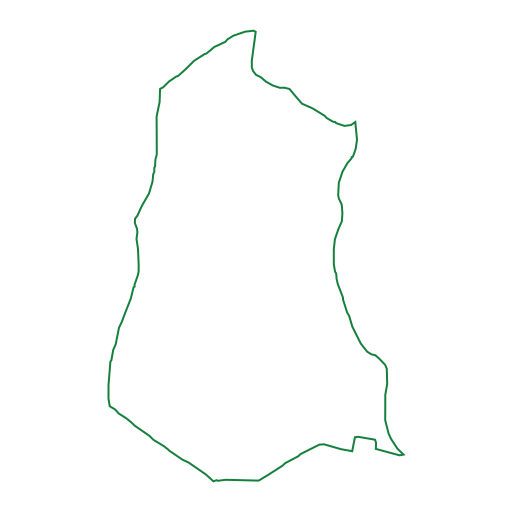 Ixtahuacán, Huehuetenango, Guatemala
{"feature_id": "79465075B38724413967486", "entity_name": "Ixtahuacán", "entity_type": "district", "adm_level": 2, "iso_a3": "GTM", "parent_name": "Guatemala", "parent_adm1": "Huehuetenango", "projection": "equal_earth", "projection_center": [-91.799, 15.426], "detail": "fine", "context": "isolated", "style": "outline", "palette": "green", "viewbox_px": 512, "rotation_deg": 0, "n_neighbors": 0, "source": "geoboundaries", "source_scale": "gbopen_adm2", "svg_char_len": 1864}
<svg xmlns="http://www.w3.org/2000/svg" viewBox="0 0 512 512"><path d="M355.3,122.0L351.1,125.0L344.4,125.9L336.3,123.2L335.2,122.0L333.0,121.7L326.6,118.0L324.8,115.9L312.6,108.4L302.0,103.7L296.0,96.8L289.5,89.0L284.5,87.7L279.9,87.8L272.8,85.5L265.9,81.6L260.8,77.2L256.1,74.9L253.0,71.0L251.8,67.2L251.8,60.8L255.7,31.8L253.6,30.7L245.0,31.7L233.4,35.7L227.5,39.3L225.3,41.9L214.4,46.9L206.5,53.5L204.5,54.1L194.1,60.8L185.2,69.6L177.8,76.2L176.4,76.4L169.0,81.5L163.0,87.4L160.1,88.9L159.6,102.1L156.6,116.6L156.8,154.5L155.4,159.5L155.1,166.3L154.3,167.8L154.3,171.7L153.2,174.4L152.5,181.7L149.0,193.5L141.9,205.8L137.5,215.5L135.0,218.8L134.9,223.2L137.0,228.6L137.4,232.3L136.5,238.9L138.0,249.1L138.7,265.4L138.6,271.8L137.7,275.7L134.5,284.8L134.6,286.6L133.6,287.2L130.8,298.6L125.0,313.3L121.8,321.9L119.0,327.7L115.7,344.3L113.2,350.0L111.4,360.2L110.4,361.6L108.5,385.1L108.5,398.6L109.7,406.2L115.4,409.7L118.6,413.4L126.7,418.6L131.2,422.3L135.0,425.9L149.5,435.9L153.4,439.8L163.8,446.1L167.9,449.3L169.3,450.7L182.2,459.5L188.7,462.6L205.9,474.5L213.4,481.3L216.6,480.2L217.9,480.8L225.5,479.8L258.7,480.6L267.3,475.4L282.5,465.7L285.1,463.2L298.2,456.3L300.5,454.1L319.2,444.7L324.0,444.3L341.1,449.2L352.2,451.2L354.9,437.3L358.2,436.8L375.0,439.7L376.1,442.9L375.8,448.9L399.5,455.3L403.5,454.6L397.3,448.5L391.3,439.3L388.7,433.9L385.2,420.2L385.3,394.7L387.2,384.0L386.8,368.8L385.2,364.9L379.1,358.5L375.4,355.3L371.3,354.3L367.1,351.6L360.8,343.6L352.3,326.6L349.2,316.0L347.1,312.4L343.0,299.5L343.0,297.6L337.8,284.1L336.5,278.3L336.4,275.8L336.1,273.3L335.1,271.9L333.8,264.3L333.8,249.5L334.9,239.2L338.6,228.6L341.9,221.2L342.4,213.0L341.7,204.4L338.9,198.7L338.2,195.2L338.8,182.8L342.5,171.7L347.5,163.0L351.5,158.4L351.7,157.1L353.0,156.5L355.7,148.8L357.0,139.8L355.3,122.0Z" fill="none" stroke="#15803d" stroke-width="2"/></svg>